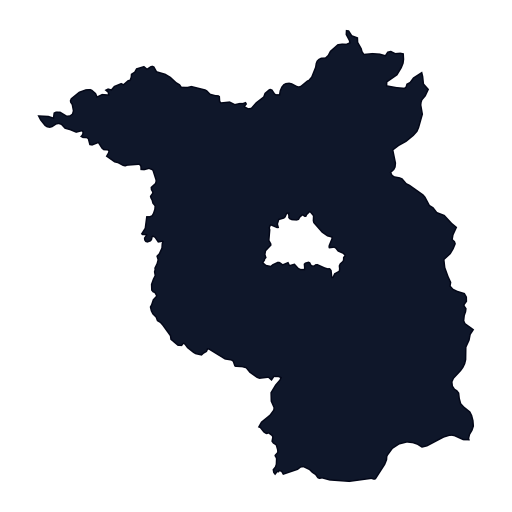 Brandenburg, orthographic projection
{"feature_id": "DEU-3487", "entity_name": "Brandenburg", "entity_type": "State", "adm_level": 1, "iso_a3": "DEU", "parent_name": "Germany", "parent_adm1": "", "projection": "orthographic", "projection_center": [13.043, 52.446], "detail": "fine", "context": "isolated", "style": "filled", "palette": "ink", "viewbox_px": 512, "rotation_deg": 0, "n_neighbors": 0, "source": "natural_earth", "source_scale": "10m", "svg_char_len": 5982}
<svg xmlns="http://www.w3.org/2000/svg" viewBox="0 0 512 512"><path d="M451.6,223.5L456.3,227.4L452.9,234.8L452.1,239.6L454.4,241.7L455.1,243.8L453.1,248.7L450.2,253.6L443.8,259.5L444.7,267.6L447.9,276.5L450.6,282.4L450.0,286.1L452.8,289.3L457.1,291.4L464.3,293.6L466.3,297.1L466.4,301.3L464.0,304.6L464.0,305.9L465.9,308.7L465.5,311.7L464.2,315.4L463.6,320.8L464.9,323.7L473.2,329.7L470.1,334.4L469.0,340.1L465.8,347.1L465.6,359.6L464.6,363.7L462.8,367.4L460.5,370.6L453.4,378.2L451.8,381.8L452.3,386.1L454.4,389.3L456.8,390.8L458.6,393.1L459.2,398.5L460.6,403.7L463.6,407.0L469.8,412.0L471.6,415.6L472.9,420.7L473.3,426.1L471.9,430.3L469.5,434.3L468.5,438.3L468.9,439.7L463.3,439.6L454.5,435.6L451.7,435.1L449.1,435.3L443.6,437.0L426.9,445.8L422.0,447.0L417.6,444.2L413.0,442.6L406.9,441.9L399.0,443.9L392.3,448.3L387.4,455.0L386.7,456.5L386.5,459.7L384.6,464.4L375.4,478.7L374.1,479.1L371.3,478.3L349.3,481.3L329.8,479.9L322.1,477.8L319.4,478.3L317.9,477.6L315.7,474.5L312.4,472.3L309.6,469.5L303.6,466.6L300.6,466.9L297.5,469.3L283.3,474.1L281.7,471.3L279.1,470.4L278.5,471.7L277.1,471.5L275.1,474.1L273.8,472.4L273.3,469.7L275.5,467.0L276.4,464.3L276.6,459.1L276.4,457.4L275.6,456.7L275.2,455.4L277.9,452.4L277.7,449.7L276.5,445.5L276.1,444.7L273.4,443.0L272.1,441.2L272.9,437.0L272.2,435.5L268.6,432.8L266.7,433.5L265.7,433.1L263.9,431.9L260.4,427.5L258.9,426.9L261.5,422.2L270.2,415.1L273.8,410.2L274.2,407.7L271.3,401.1L271.1,392.7L275.7,385.1L280.0,380.1L281.1,377.6L278.7,376.5L273.8,376.4L271.5,379.9L268.8,377.4L267.9,377.2L259.5,378.2L257.1,377.3L250.0,372.3L246.3,367.7L242.3,366.6L235.5,366.2L234.9,365.8L233.3,361.2L231.4,359.9L225.1,358.9L209.0,349.0L207.5,349.0L206.4,351.4L203.3,353.2L201.5,354.9L195.7,353.6L193.5,352.3L187.6,347.6L185.1,344.2L183.8,343.3L182.9,343.6L181.6,345.4L178.0,345.2L171.0,339.3L170.5,335.7L162.8,325.0L160.5,322.4L157.5,320.6L156.2,317.1L152.9,313.8L151.4,310.8L150.5,307.0L151.7,304.8L153.4,299.7L156.3,296.7L156.7,295.6L154.9,292.4L153.2,291.8L151.8,290.1L151.6,284.4L153.5,279.1L155.3,275.6L154.6,271.8L155.2,269.6L155.0,268.1L157.2,263.6L158.2,259.8L157.1,256.2L159.4,253.8L162.0,248.1L162.3,243.6L163.1,241.6L162.6,241.2L158.3,241.9L155.1,237.2L152.8,236.1L152.1,236.7L151.4,239.6L150.4,240.8L147.4,241.9L145.8,241.4L144.8,239.9L144.6,238.1L146.7,235.1L146.6,234.6L142.6,234.5L141.8,233.8L145.3,228.3L146.8,216.8L149.8,216.8L152.2,215.8L153.6,213.3L154.9,209.4L155.2,205.8L153.0,203.2L152.2,200.1L151.0,197.9L150.6,196.3L152.9,193.1L152.7,191.7L151.5,189.7L151.3,187.4L155.6,183.5L156.2,181.2L156.1,179.9L153.1,170.5L152.5,169.7L149.0,168.3L144.2,169.6L141.1,169.4L141.0,166.4L139.9,164.6L138.9,164.2L127.1,165.1L125.2,165.8L123.1,165.3L118.1,162.6L114.7,161.8L106.7,156.2L108.5,153.1L109.2,150.8L107.7,149.8L103.8,149.6L102.1,148.2L98.4,142.4L92.1,144.9L89.9,144.5L88.4,138.7L87.0,137.6L82.9,137.4L81.2,136.4L82.2,135.4L83.0,133.5L83.0,131.6L81.7,130.7L76.2,132.1L70.2,129.6L65.1,128.2L61.5,124.3L58.7,123.4L56.1,123.9L52.0,126.6L49.7,127.2L47.1,126.7L45.1,125.4L40.7,119.9L38.7,116.0L48.3,116.5L53.5,118.2L54.2,113.1L56.1,112.2L60.1,112.3L66.7,116.3L70.0,116.0L72.5,114.2L73.5,110.9L72.3,104.5L70.8,102.3L70.5,100.8L71.3,98.8L79.3,92.3L86.0,89.9L90.2,89.7L91.7,90.3L95.5,93.6L97.0,97.1L102.2,94.6L108.7,95.1L108.3,92.2L105.9,90.2L108.1,89.1L111.4,90.0L114.4,86.5L121.2,83.7L123.5,84.8L128.2,80.7L130.1,80.4L131.3,77.2L131.5,74.3L134.8,72.2L136.6,68.9L143.9,66.7L147.0,69.3L150.8,66.8L152.3,66.4L153.8,67.0L156.5,71.8L165.1,74.3L170.3,77.4L176.0,82.7L179.5,84.8L181.3,87.4L187.6,87.5L191.4,86.6L205.1,90.0L206.7,90.9L210.0,94.3L215.2,95.7L218.2,95.9L219.3,96.6L219.6,101.4L220.9,103.0L229.6,102.1L234.8,104.7L239.7,103.6L243.0,103.6L245.5,102.7L246.2,104.0L244.4,106.3L244.6,107.0L248.2,108.9L251.4,108.4L256.3,102.8L263.8,97.0L265.1,93.4L269.2,89.9L270.2,89.5L271.9,90.1L274.6,94.2L276.1,94.9L279.6,94.9L280.3,90.8L281.9,87.1L283.9,84.7L285.9,83.7L289.1,83.3L291.7,83.9L296.6,86.5L298.9,87.1L301.1,86.3L307.5,81.0L308.8,80.6L311.8,77.1L315.7,67.3L316.3,63.5L317.2,61.2L318.9,59.5L321.2,58.3L325.5,58.1L328.3,55.5L330.5,51.3L337.9,44.8L342.2,44.2L346.4,44.4L350.0,42.8L349.4,40.3L346.3,34.5L346.5,30.7L348.6,31.0L351.7,35.8L357.4,37.9L357.6,42.4L361.2,48.8L361.9,51.6L363.8,54.5L372.4,53.7L379.7,54.2L385.4,55.8L387.8,52.2L390.8,51.5L395.2,53.7L400.3,53.3L403.2,53.9L403.5,59.3L403.0,63.2L401.2,67.7L396.9,74.8L386.7,81.9L386.6,85.9L396.4,87.7L404.5,88.4L406.2,87.0L407.0,84.2L410.2,82.5L413.5,78.0L421.7,72.7L422.6,76.5L423.4,84.0L428.2,89.4L425.2,95.8L421.8,99.8L421.0,102.3L420.7,105.0L422.3,114.2L418.5,127.6L416.9,131.3L413.2,135.4L406.0,141.3L398.6,145.4L392.7,149.9L395.4,163.1L395.0,167.0L393.7,169.5L390.5,172.4L391.9,175.3L394.1,176.9L399.5,177.9L402.0,178.9L406.1,183.7L409.5,185.4L422.9,194.9L424.9,197.2L429.3,205.5L433.0,207.8L436.7,212.6L444.2,215.5L451.6,223.5ZM329.4,247.7L329.1,247.0L329.3,245.5L332.1,238.6L332.0,237.0L327.5,235.8L322.2,232.1L313.9,222.6L313.4,220.7L313.6,215.7L310.2,211.6L309.5,211.7L306.6,214.5L305.8,216.2L304.9,216.3L302.5,214.7L299.6,217.2L298.5,219.3L296.6,219.9L291.9,219.6L289.8,218.7L288.9,217.5L289.0,215.6L288.5,214.3L288.9,213.2L287.2,213.1L286.4,213.7L285.1,216.8L283.8,218.0L278.7,219.5L277.3,224.0L278.2,227.4L277.1,227.5L270.8,224.8L270.2,225.3L269.2,227.9L269.7,229.8L268.8,240.4L270.7,243.9L270.8,245.1L265.5,250.7L264.8,254.5L265.8,257.6L264.6,258.8L264.4,260.1L262.6,262.7L265.9,265.5L270.8,266.5L272.8,264.8L277.9,262.4L279.5,262.6L282.7,264.9L288.0,262.7L289.3,265.4L289.9,265.6L294.4,264.3L298.2,268.5L300.5,269.6L304.5,269.6L304.7,267.7L304.4,264.2L305.4,263.2L308.5,262.3L309.7,262.9L310.7,265.0L311.8,266.0L314.2,266.1L315.6,264.9L317.3,264.7L324.4,267.9L327.5,268.9L329.6,268.8L331.0,270.5L331.7,276.9L331.9,277.5L333.1,277.4L334.7,273.8L339.3,271.3L339.7,269.0L339.4,265.9L340.3,263.9L343.1,261.4L343.6,260.0L343.7,257.4L344.9,256.2L345.1,255.1L343.2,253.2L338.2,251.0L335.8,248.0L334.2,247.1L329.4,247.7Z" fill="#0f172a" stroke="#020617" stroke-width="1.5"/></svg>